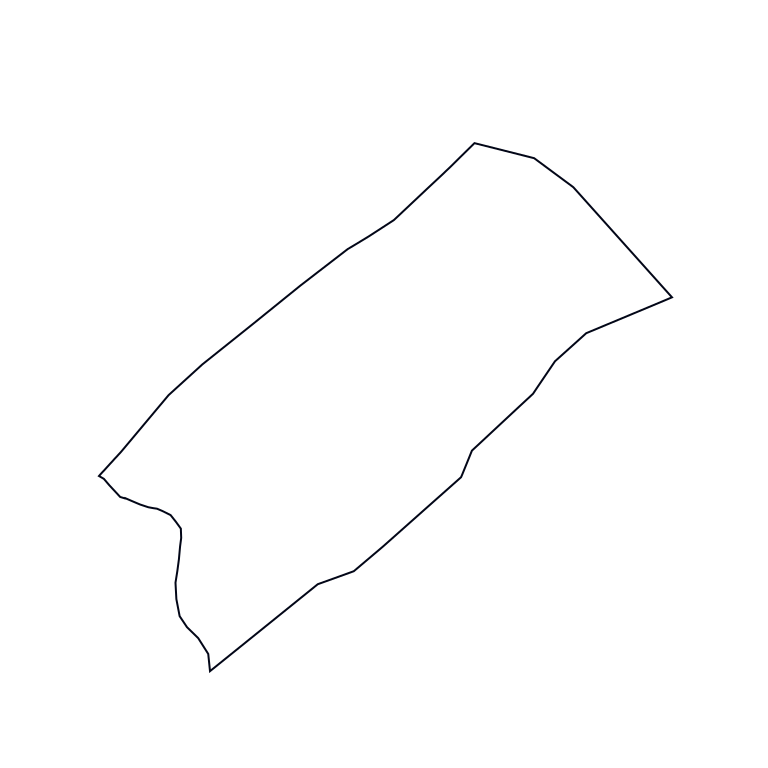 Shroq, Al Qahirah, Egypt (Natural Earth projection), rotated 331°
{"feature_id": "37247803B54771343993886", "entity_name": "Shroq", "entity_type": "district", "adm_level": 2, "iso_a3": "EGY", "parent_name": "Egypt", "parent_adm1": "Al Qahirah", "projection": "natural_earth1", "projection_center": [31.499, 30.133], "detail": "fine", "context": "isolated", "style": "outline", "palette": "ink", "viewbox_px": 768, "rotation_deg": 331, "n_neighbors": 0, "source": "geoboundaries", "source_scale": "gbopen_adm2", "svg_char_len": 1123}
<svg xmlns="http://www.w3.org/2000/svg" viewBox="0 0 768 768"><g transform="rotate(331 384 384)"><path d="M90.1,326.3L93.0,331.1L94.7,339.5L98.5,354.9L101.9,358.4L102.0,358.3L102.2,358.2L106.5,363.8L110.4,368.8L112.3,371.2L118.1,377.5L122.1,380.8L125.0,383.0L128.5,387.5L133.8,395.2L135.2,403.8L136.2,412.0L132.0,420.3L126.9,427.2L119.7,437.8L112.5,447.5L105.3,456.7L98.1,471.5L92.7,488.0L93.8,501.2L98.3,516.2L99.4,534.9L92.6,550.8L140.3,542.5L229.0,527.0L266.8,533.1L304.1,525.7L362.7,512.6L406.2,502.9L408.4,501.2L422.8,489.6L428.6,484.9L466.0,475.6L491.7,469.2L509.6,464.8L516.0,461.5L544.6,447.0L562.1,443.0L585.5,437.6L635.8,443.2L673.0,447.3L677.9,447.8L645.0,303.7L624.8,259.3L579.9,217.2L560.8,222.5L547.3,226.3L541.4,227.8L538.5,228.6L515.4,234.4L472.2,245.4L449.5,247.0L442.4,247.5L424.5,248.2L417.7,248.4L379.5,254.2L358.5,257.4L297.6,268.1L234.6,278.8L190.2,289.3L172.5,296.1L121.3,315.8L119.6,316.4L117.7,317.0L115.1,317.9L112.2,318.8L109.1,319.9L107.6,320.4L105.7,321.0L104.0,321.6L101.9,322.3L99.0,323.3L97.3,323.9L95.6,324.4L92.3,325.5L90.1,326.3Z" fill="none" stroke="#020617" stroke-width="2"/></g></svg>